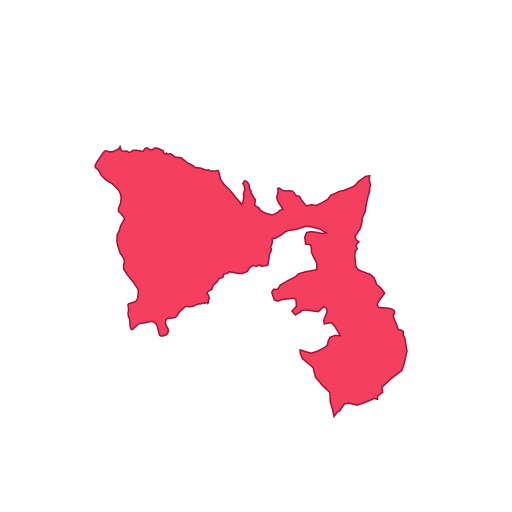 outline of Kanana, Berea, Lesotho, rotated 303°
{"feature_id": "5366337B51375862346998", "entity_name": "Kanana", "entity_type": "district", "adm_level": 2, "iso_a3": "LSO", "parent_name": "Lesotho", "parent_adm1": "Berea", "projection": "albers", "projection_center": [27.578, -29.257], "detail": "fine", "context": "isolated", "style": "filled", "palette": "rose", "viewbox_px": 512, "rotation_deg": 303, "n_neighbors": 0, "source": "geoboundaries", "source_scale": "gbopen_adm2", "svg_char_len": 6129}
<svg xmlns="http://www.w3.org/2000/svg" viewBox="0 0 512 512"><g transform="rotate(303 256 256)"><path d="M323.9,334.7L324.1,331.2L326.1,328.5L335.6,328.5L340.7,327.0L342.7,326.2L345.3,324.5L348.0,324.1L353.0,323.3L359.4,320.3L367.2,317.4L372.8,315.8L374.7,314.3L378.3,313.2L381.3,309.5L383.7,308.4L385.3,307.7L382.3,304.4L378.6,303.1L375.0,301.5L371.9,301.1L368.1,300.2L364.2,297.8L361.6,295.8L359.0,294.1L355.7,290.8L352.2,288.6L350.5,287.6L347.9,285.7L345.9,285.4L342.7,285.4L335.7,281.8L331.2,278.9L329.1,274.4L325.4,270.9L326.5,267.5L327.3,264.8L328.2,262.5L329.2,261.6L329.6,259.8L328.6,256.7L328.8,255.4L329.4,254.4L330.3,251.3L329.4,249.8L328.8,248.3L327.2,246.2L326.5,244.9L325.7,243.0L325.5,241.6L325.5,240.0L325.9,238.8L324.5,237.4L322.0,239.5L320.3,240.0L318.6,240.8L317.0,241.1L314.5,243.5L312.8,246.3L311.7,248.9L309.7,253.1L307.2,251.0L305.6,250.9L302.3,249.4L299.2,247.3L296.8,239.5L296.7,237.3L296.8,234.7L297.9,232.4L297.7,227.4L302.0,225.2L303.1,224.4L303.4,222.9L304.2,221.5L305.1,220.2L305.9,217.7L307.9,216.4L308.5,214.5L311.7,211.5L312.8,209.8L313.3,208.2L313.3,206.4L312.6,205.3L310.8,205.5L309.6,205.5L308.9,207.1L308.2,208.2L306.8,209.2L305.3,210.8L303.6,210.8L302.6,211.6L300.7,211.8L299.2,213.6L297.9,213.9L296.0,215.0L294.3,215.5L291.4,215.8L292.5,213.1L294.1,206.8L294.9,205.1L296.5,199.7L297.6,196.1L298.0,193.3L298.3,191.6L299.8,187.1L301.0,184.4L305.2,180.2L307.0,177.9L306.1,176.3L304.6,175.2L303.9,173.3L302.7,172.5L302.3,171.0L302.5,169.3L300.8,167.5L299.6,161.7L296.9,156.6L297.4,155.1L297.4,152.9L297.3,150.7L296.6,147.5L297.3,144.0L297.3,142.0L297.8,140.7L297.0,138.4L294.7,134.0L295.2,132.6L295.3,131.3L295.2,128.4L294.0,127.4L293.1,126.2L293.6,125.0L292.2,124.2L291.9,122.7L293.8,120.6L292.8,114.6L291.4,112.2L289.1,111.5L287.3,108.9L287.5,106.5L287.0,105.1L285.4,104.3L282.9,104.3L281.7,103.7L281.0,101.3L279.7,98.3L278.8,97.0L277.9,95.5L274.9,94.1L273.7,93.3L273.7,90.6L272.8,89.1L271.2,87.2L271.0,85.8L273.7,82.4L271.0,82.7L270.8,82.1L269.9,81.9L266.3,79.6L265.2,78.7L263.6,76.5L263.3,75.9L262.8,73.6L262.2,72.5L261.8,72.2L261.1,71.9L260.2,71.7L257.0,71.5L248.0,71.4L244.9,71.7L244.0,72.0L243.4,72.3L243.1,72.7L242.6,73.4L242.5,74.5L242.5,75.4L242.2,77.0L241.4,78.8L240.9,79.5L239.8,81.4L239.1,83.3L238.3,87.6L238.0,89.4L238.0,92.4L238.3,95.3L238.1,97.0L237.7,99.6L236.8,103.1L236.5,104.7L235.2,107.0L234.3,108.4L233.2,109.8L230.3,111.8L226.7,113.5L225.3,114.0L223.1,114.3L221.4,114.7L220.5,115.0L219.5,115.5L219.1,115.9L218.4,116.9L217.9,120.4L217.3,121.4L216.9,123.1L216.3,124.6L215.9,125.0L214.9,125.6L211.3,125.8L208.1,125.9L202.1,127.7L200.7,127.9L199.6,127.8L198.7,127.9L197.3,128.5L195.7,129.4L192.5,131.5L191.2,132.6L189.0,134.8L184.7,140.1L183.9,141.6L182.5,145.2L181.6,146.7L180.7,147.6L180.1,148.3L179.7,148.6L179.3,148.8L176.9,149.7L175.1,150.5L174.7,151.0L173.2,152.0L172.6,152.6L171.9,154.8L170.3,157.9L167.2,167.4L164.6,173.6L164.0,174.8L163.6,175.4L162.8,176.1L160.0,177.9L157.1,179.3L156.1,179.7L154.1,180.0L152.5,179.9L152.0,179.6L146.6,175.2L146.3,175.1L145.7,175.1L145.1,175.3L142.5,177.7L141.7,178.2L140.8,178.6L140.0,179.1L138.5,179.7L137.6,180.3L136.6,181.3L135.3,182.8L134.2,184.2L132.9,185.6L131.6,186.4L129.0,188.3L127.7,189.5L127.2,190.1L126.9,190.7L126.7,191.2L126.7,191.7L126.8,192.2L127.3,192.5L129.0,192.9L130.0,193.2L130.9,193.4L132.8,194.0L133.5,194.1L136.1,195.1L136.7,196.0L139.3,199.0L143.8,203.4L144.5,204.8L144.8,205.6L144.9,206.5L144.8,207.6L144.5,209.4L143.9,210.6L143.2,211.6L142.1,212.7L141.3,213.7L139.9,215.0L137.8,217.3L137.3,218.1L137.1,218.6L137.0,219.0L137.1,219.6L137.6,220.6L138.2,221.5L139.0,222.2L140.2,223.2L140.8,223.5L142.5,224.0L144.5,223.7L145.1,223.4L146.2,222.7L147.2,221.6L147.9,220.2L148.7,218.9L149.2,217.9L150.9,216.2L151.7,215.8L152.3,215.6L154.0,215.4L154.6,215.5L155.4,216.0L156.1,216.6L157.1,217.7L157.8,218.8L158.7,219.9L160.7,222.0L163.2,222.2L165.2,222.2L167.6,222.3L171.1,223.3L173.5,223.8L175.1,224.4L175.7,224.9L176.0,225.4L176.8,226.9L177.1,227.7L177.6,228.4L178.5,229.3L179.8,230.7L180.4,231.2L182.7,232.4L185.1,234.6L185.6,235.7L188.0,237.3L188.3,238.7L190.1,239.8L189.8,241.4L191.2,241.4L192.3,240.3L195.1,239.8L197.1,237.9L197.9,234.9L200.1,235.0L203.8,237.1L208.0,236.1L212.6,237.3L217.3,237.4L220.0,239.8L223.3,238.9L225.7,241.3L228.2,242.2L231.0,248.9L233.7,253.9L238.1,257.1L242.8,257.1L246.3,258.5L247.6,262.1L250.7,263.8L250.2,266.1L254.6,270.9L259.2,269.1L262.0,267.8L265.1,266.2L267.8,266.1L270.3,265.1L271.1,263.7L276.7,262.2L279.5,260.3L281.6,262.7L287.6,265.8L291.8,267.2L295.3,269.4L297.2,271.7L299.2,274.3L308.0,281.6L310.4,286.1L313.3,294.6L313.6,302.4L311.2,299.7L308.6,293.3L306.3,288.7L303.2,285.6L298.4,286.6L292.9,291.2L294.2,293.6L295.0,295.5L293.5,297.5L289.4,300.4L286.5,304.8L283.1,310.9L277.8,314.3L274.7,311.4L270.0,306.4L264.5,301.5L259.9,300.3L252.4,296.0L244.9,292.2L239.8,292.3L237.6,288.8L234.1,289.0L232.3,291.1L229.1,295.4L230.0,298.9L233.3,301.3L236.6,305.0L239.3,308.5L241.4,310.8L240.7,313.6L235.9,317.3L229.3,316.2L228.0,321.3L230.2,322.1L233.3,323.7L235.1,324.0L237.7,326.9L243.2,338.6L250.4,340.5L250.4,343.6L247.9,346.1L239.0,347.7L236.2,350.3L241.1,355.4L240.0,360.2L235.1,370.2L232.6,365.7L228.0,362.2L223.6,363.0L220.3,364.4L216.4,363.3L208.8,358.8L204.5,355.1L202.8,349.7L201.3,344.1L198.6,346.0L195.1,351.0L194.4,357.7L193.5,364.7L186.8,371.9L183.7,381.9L181.7,392.4L174.1,397.7L169.2,403.6L163.9,408.8L169.0,409.1L172.1,410.5L180.1,410.7L183.0,413.7L186.1,422.1L191.9,426.7L200.9,432.8L202.0,436.0L204.6,434.2L210.8,436.5L214.3,433.1L226.4,436.0L239.3,440.6L246.4,438.9L258.5,434.4L268.3,425.4L270.0,422.4L271.7,421.6L273.0,420.3L273.0,418.3L271.7,415.5L273.2,413.4L274.5,411.9L275.6,410.4L278.3,406.4L279.1,405.3L280.7,403.5L283.3,403.5L285.4,402.0L285.6,399.2L284.5,395.7L282.2,391.4L279.8,387.1L280.5,384.7L282.0,383.9L284.3,383.7L287.1,383.7L291.6,383.9L294.9,384.2L296.9,379.1L297.3,377.2L297.5,375.7L297.6,372.5L299.1,371.2L302.0,366.9L302.7,363.6L302.6,361.0L300.5,351.8L300.3,349.8L300.6,347.9L301.8,345.3L308.2,340.1L311.0,338.2L314.0,336.7L317.2,336.9L319.1,334.1L320.9,334.1L323.9,334.7Z" fill="#f43f5e" stroke="#9f1239" stroke-width="1.5"/></g></svg>